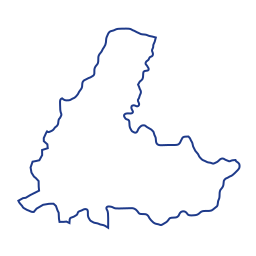 Santiago de los Caballeros, Santiago, Dominican Republic (orthographic projection), rotated 89°
{"feature_id": "3306468B7799388924344", "entity_name": "Santiago de los Caballeros", "entity_type": "district", "adm_level": 2, "iso_a3": "DOM", "parent_name": "Dominican Republic", "parent_adm1": "Santiago", "projection": "orthographic", "projection_center": [-70.731, 19.487], "detail": "fine", "context": "isolated", "style": "outline", "palette": "blue", "viewbox_px": 256, "rotation_deg": 89, "n_neighbors": 0, "source": "geoboundaries", "source_scale": "gbopen_adm2", "svg_char_len": 5887}
<svg xmlns="http://www.w3.org/2000/svg" viewBox="0 0 256 256"><g transform="rotate(89 128 128)"><path d="M210.3,223.7L207.0,220.8L203.3,214.2L202.4,208.2L202.4,203.8L204.7,201.4L209.2,199.9L211.5,198.8L217.6,198.6L220.7,198.1L220.7,193.6L220.5,191.2L222.0,188.2L218.4,187.9L217.5,187.5L217.1,187.3L216.7,186.6L215.7,183.7L214.0,180.8L213.4,180.3L211.3,179.4L210.8,178.8L210.4,178.1L209.7,176.0L208.6,173.7L208.3,172.3L208.4,171.5L208.7,170.6L209.0,170.3L209.3,170.0L209.8,169.8L210.7,169.6L214.7,169.6L216.2,169.3L217.0,169.0L219.3,167.7L219.9,167.2L220.2,166.9L221.5,164.7L222.1,163.5L222.3,162.6L222.8,160.3L223.1,159.4L224.0,157.4L224.6,154.6L224.9,153.7L225.5,152.5L227.4,149.6L223.9,149.5L217.9,149.4L213.0,149.5L211.0,149.8L210.2,150.1L208.8,150.8L208.0,151.0L207.2,150.9L206.8,150.6L206.5,150.3L206.3,149.9L206.1,149.0L206.2,147.5L206.5,146.0L206.8,145.1L207.8,143.1L208.1,142.1L208.2,141.0L208.3,137.8L208.2,126.2L208.3,124.6L208.6,123.6L209.0,122.7L209.8,121.5L211.3,120.1L213.4,118.6L213.9,117.9L214.0,117.5L214.2,116.6L214.4,113.0L214.5,112.0L214.8,111.1L215.3,110.3L216.2,109.4L217.0,108.9L218.6,108.1L219.4,107.5L220.7,106.5L221.8,105.4L222.9,104.3L223.5,103.4L224.0,102.5L224.3,101.6L224.8,99.3L225.5,97.4L225.6,96.6L225.5,96.3L225.2,95.5L223.3,92.2L222.7,91.2L221.7,90.1L220.6,89.2L219.3,88.2L218.8,87.5L218.5,86.1L218.3,82.1L218.1,81.1L217.7,80.2L217.1,79.5L216.5,78.9L214.5,77.9L213.8,77.4L212.9,76.5L212.5,75.6L212.3,74.7L212.3,73.7L212.5,72.8L212.7,72.4L213.2,71.6L213.8,71.0L215.6,69.6L215.9,69.2L216.2,68.4L216.4,67.4L216.5,65.9L216.4,63.8L216.3,62.2L216.0,60.7L215.6,59.8L215.1,58.9L213.2,56.6L212.8,55.7L212.6,55.3L212.4,54.3L212.3,53.2L212.3,48.0L212.1,46.9L211.9,45.9L211.1,44.6L209.3,42.3L208.0,40.6L207.7,40.3L206.9,39.9L206.1,39.7L202.9,39.2L202.0,38.9L200.4,38.2L199.5,37.9L198.0,37.7L194.3,37.5L192.8,37.2L192.3,37.0L191.4,36.6L189.1,34.7L187.8,34.0L186.5,33.6L183.2,33.2L182.3,33.0L181.9,32.7L181.2,32.2L180.3,31.2L179.4,29.1L178.3,27.2L177.6,25.4L176.8,24.2L175.1,22.2L172.2,19.2L171.1,18.2L169.8,17.4L168.8,17.2L167.9,17.1L166.9,17.2L166.0,17.4L165.3,17.9L164.6,18.5L163.2,20.4L162.6,20.8L161.9,21.1L162.1,24.0L162.3,24.9L163.0,26.8L163.0,27.2L163.0,27.6L162.7,28.3L161.5,31.1L160.4,32.9L160.2,33.8L160.2,34.7L160.5,35.6L160.9,36.4L162.7,38.4L163.5,39.5L164.8,42.3L165.0,43.1L165.1,43.5L164.9,44.2L164.2,46.1L163.8,48.4L163.5,49.4L162.3,51.7L161.5,53.5L161.1,54.2L160.5,54.9L158.8,56.5L157.7,57.3L156.0,58.1L155.2,58.5L152.0,61.1L147.6,63.2L144.3,63.9L143.5,64.2L141.5,65.3L139.4,66.2L137.6,67.7L137.6,69.8L137.7,71.4L137.9,72.4L138.3,73.2L138.9,73.8L141.1,75.0L143.1,76.0L143.8,76.4L144.8,77.3L145.3,78.1L145.5,78.6L145.7,79.6L145.8,81.2L145.7,88.3L145.8,94.9L145.7,96.5L145.5,97.5L145.1,98.4L144.9,98.7L144.2,99.4L143.5,99.8L143.0,100.0L142.0,100.2L139.4,100.4L138.3,100.5L137.4,100.8L135.4,101.7L132.9,102.4L132.1,102.7L130.0,104.7L127.2,109.3L126.0,110.7L125.7,111.5L125.6,111.9L125.6,112.8L125.7,113.7L125.9,114.2L126.4,115.1L127.4,116.2L128.5,117.2L129.3,117.7L131.0,118.5L131.7,118.9L132.3,119.4L132.7,120.1L132.8,120.5L132.8,120.9L132.6,121.7L131.7,123.4L131.2,124.1L130.5,124.6L128.2,125.8L127.4,126.1L125.9,126.4L121.8,126.6L120.9,126.8L120.5,127.0L119.9,127.5L119.1,129.6L118.6,130.3L116.7,131.5L116.0,131.7L115.1,131.7L114.4,131.2L113.9,130.6L113.7,130.2L113.6,129.7L113.4,128.7L113.5,124.8L113.3,123.9L113.1,123.5L112.8,123.2L112.4,122.9L112.0,122.8L111.3,122.9L109.3,123.9L108.4,124.2L107.6,124.3L106.7,124.1L106.3,124.0L106.0,123.7L105.7,123.3L105.5,122.5L105.4,122.1L105.5,121.3L105.8,120.4L106.4,119.1L106.5,118.4L106.4,118.0L106.1,117.3L105.5,116.8L105.1,116.6L104.7,116.5L103.8,116.5L103.0,116.8L101.3,117.5L100.5,117.6L100.2,117.6L99.5,117.3L98.7,116.7L98.0,116.4L95.5,115.6L93.6,114.7L92.7,114.5L92.3,114.5L91.8,114.5L90.9,114.7L89.0,115.6L86.8,116.3L84.8,117.2L82.1,115.6L81.5,115.1L80.8,114.1L80.1,113.4L79.3,112.7L78.8,112.5L77.4,112.1L73.4,111.8L72.5,111.6L72.1,111.4L71.8,111.1L71.3,110.3L70.9,107.4L70.7,107.0L70.4,106.7L70.1,106.4L69.3,106.3L68.5,106.5L65.9,108.0L64.6,109.1L63.8,109.3L63.0,109.2L62.6,109.0L61.8,108.5L60.3,106.5L59.7,106.1L58.3,105.4L57.7,105.0L57.3,104.4L56.9,103.3L56.5,102.7L56.3,102.4L55.6,102.0L54.8,101.8L53.9,101.8L53.1,102.0L51.4,102.6L50.5,102.6L49.7,102.3L48.2,101.6L47.4,101.4L45.8,101.3L45.0,101.1L42.2,99.8L38.0,98.6L37.0,102.1L36.4,104.9L36.1,105.8L35.4,107.4L35.1,108.3L34.9,109.3L34.6,112.0L34.3,113.5L33.1,115.9L32.3,117.6L31.0,119.9L30.3,121.6L29.2,123.5L28.9,124.5L28.7,126.0L28.6,128.2L28.6,133.6L28.7,136.3L29.0,137.9L30.2,140.7L30.9,143.5L31.1,143.9L31.5,144.7L32.5,145.6L33.2,146.1L36.9,147.8L38.3,148.2L42.1,148.6L44.4,149.2L46.7,150.5L48.6,151.8L51.1,153.1L53.8,155.3L55.1,156.0L56.5,156.4L60.9,156.6L62.3,156.9L62.7,157.0L63.6,157.5L65.9,159.4L67.2,160.1L68.1,160.4L69.1,160.6L72.9,160.7L73.7,160.9L74.5,161.3L75.1,161.9L76.4,164.1L76.8,164.9L77.4,166.6L78.6,169.0L79.2,170.3L79.6,171.1L80.2,171.7L80.9,172.3L81.8,172.7L82.7,172.9L86.0,173.2L87.4,173.7L88.2,174.2L91.0,176.3L93.1,177.4L93.9,178.0L95.4,179.3L96.4,180.4L97.0,181.3L97.7,183.0L98.8,185.0L99.1,185.8L99.3,187.3L99.3,189.3L99.0,190.7L98.4,191.9L97.2,193.4L97.7,194.4L98.3,194.9L99.1,195.3L100.5,195.5L103.8,195.5L108.7,195.4L110.7,195.1L113.0,194.4L113.4,194.4L114.2,194.5L116.6,195.7L117.7,196.7L118.4,197.1L119.6,197.4L122.4,197.8L123.3,198.1L124.4,198.8L125.0,199.4L126.2,201.0L127.8,202.2L128.5,202.8L129.0,203.5L129.5,204.3L130.5,206.6L130.7,207.3L130.6,208.1L130.2,208.8L130.0,209.0L131.0,209.7L136.6,212.4L139.7,212.4L142.9,208.9L146.8,208.6L148.5,214.3L153.6,214.3L158.7,217.2L159.4,220.5L160.0,224.0L165.8,226.1L170.9,225.3L174.9,222.9L176.5,221.0L179.5,218.3L185.1,218.3L189.1,218.0L193.2,226.6L196.0,231.5L196.3,234.2L198.8,238.9L200.1,238.3L201.4,237.5L204.0,235.3L205.5,234.4L206.1,233.8L208.1,230.5L208.8,228.8L209.9,226.4L210.2,225.5L210.3,223.7Z" fill="none" stroke="#1e3a8a" stroke-width="2"/></g></svg>